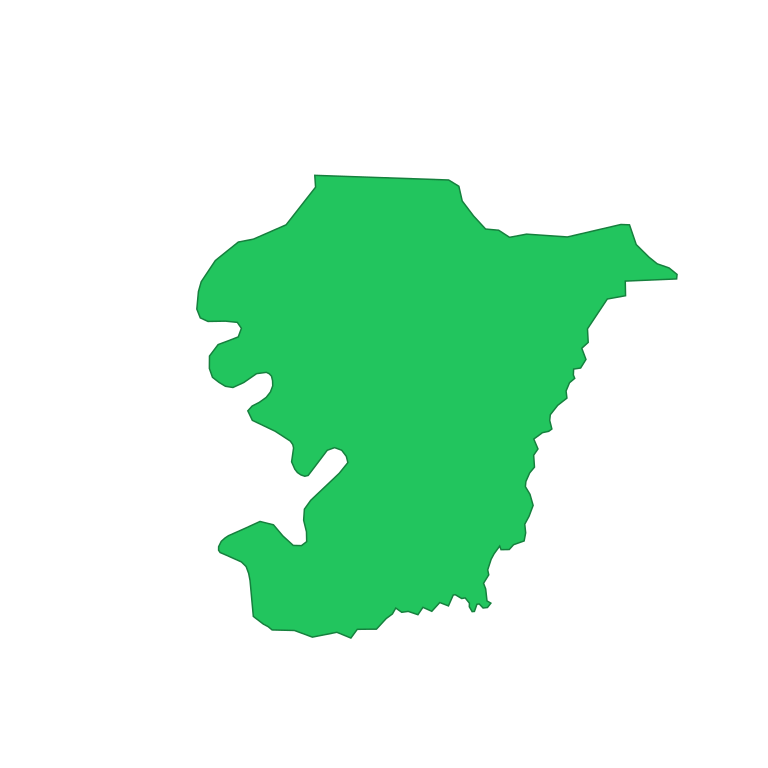 San Gregorio de Polanco, Tacuarembó, Uruguay, rotated 123°
{"feature_id": "84410073B83102109001145", "entity_name": "San Gregorio de Polanco", "entity_type": "district", "adm_level": 2, "iso_a3": "URY", "parent_name": "Uruguay", "parent_adm1": "Tacuarembó", "projection": "mercator", "projection_center": [-55.799, -32.506], "detail": "fine", "context": "isolated", "style": "filled", "palette": "green", "viewbox_px": 768, "rotation_deg": 123, "n_neighbors": 0, "source": "geoboundaries", "source_scale": "gbopen_adm2", "svg_char_len": 2295}
<svg xmlns="http://www.w3.org/2000/svg" viewBox="0 0 768 768"><g transform="rotate(123 384 384)"><path d="M651.2,343.9L639.5,324.9L635.3,306.2L617.9,288.3L615.1,273.4L604.3,272.8L597.3,262.3L593.7,256.8L579.5,254.4L572.3,251.7L565.5,252.1L565.8,244.8L561.5,239.8L559.0,229.9L550.1,229.7L548.6,220.1L536.9,218.2L535.0,209.1L523.3,211.0L521.9,209.5L521.6,202.0L519.2,199.4L521.3,193.0L524.4,191.1L526.9,186.1L525.5,184.3L518.1,186.1L516.6,184.3L517.9,178.9L515.1,175.5L509.6,175.0L509.8,179.5L500.5,187.1L496.9,192.0L487.0,192.2L483.4,195.8L472.6,198.7L466.4,199.2L456.9,198.7L459.2,195.6L454.6,188.8L448.2,187.8L443.5,184.2L439.3,181.0L431.7,184.1L424.9,189.6L416.0,190.3L404.6,192.8L397.0,201.5L393.1,209.5L388.5,211.9L379.2,213.4L371.8,212.5L362.2,219.7L354.6,219.5L348.6,228.4L338.5,224.6L334.0,220.1L330.3,218.7L324.3,225.2L319.2,227.8L307.3,226.7L296.2,222.9L290.7,227.5L281.9,229.1L275.4,227.1L273.3,230.1L268.2,233.1L263.5,227.8L253.4,228.0L246.3,237.6L237.9,235.4L226.9,243.4L191.1,243.0L178.4,229.5L166.3,237.7L136.5,195.8L132.5,197.9L131.4,208.1L134.4,220.3L133.3,230.9L129.7,248.4L116.8,264.8L121.2,272.2L160.8,310.3L180.7,346.1L192.6,358.6L192.6,371.6L198.7,383.2L194.3,400.4L187.9,418.1L177.4,428.9L177.7,440.9L246.7,555.7L256.2,548.6L303.8,552.8L333.6,572.4L344.3,583.5L357.6,587.9L372.3,592.7L397.8,593.0L407.5,590.0L423.1,581.8L428.6,574.1L427.4,565.7L417.7,551.3L412.2,540.6L415.0,533.9L423.9,531.9L433.6,538.9L441.3,544.6L455.6,545.6L466.1,538.9L471.8,531.5L472.1,528.1L472.5,523.3L472.3,515.8L469.2,508.8L459.1,502.4L444.7,496.5L438.3,489.0L437.9,485.7L438.7,482.6L442.0,479.2L446.2,476.3L452.6,474.9L459.4,475.5L467.3,478.6L474.3,482.6L480.7,483.6L486.2,474.6L482.9,449.6L482.9,436.8L482.9,431.5L484.5,427.5L486.9,425.0L499.6,419.1L504.0,412.4L505.4,408.4L505.5,404.2L504.5,400.2L502.0,397.8L491.4,397.0L470.5,395.5L464.3,390.8L463.9,389.2L462.6,383.4L465.2,376.2L469.6,371.5L483.2,372.9L521.4,382.1L532.3,382.6L542.0,377.2L550.2,368.5L558.3,363.0L564.5,365.2L568.8,372.2L566.5,386.1L562.3,400.0L566.8,413.1L582.4,423.0L595.9,431.8L599.8,433.5L604.6,434.8L610.5,434.1L613.5,432.2L614.6,429.6L614.3,428.0L613.7,424.5L610.9,406.7L612.2,400.2L616.6,394.3L621.8,389.3L650.1,367.0L651.1,354.3L650.6,349.0L651.2,343.9Z" fill="#22c55e" stroke="#15803d" stroke-width="1.5"/></g></svg>